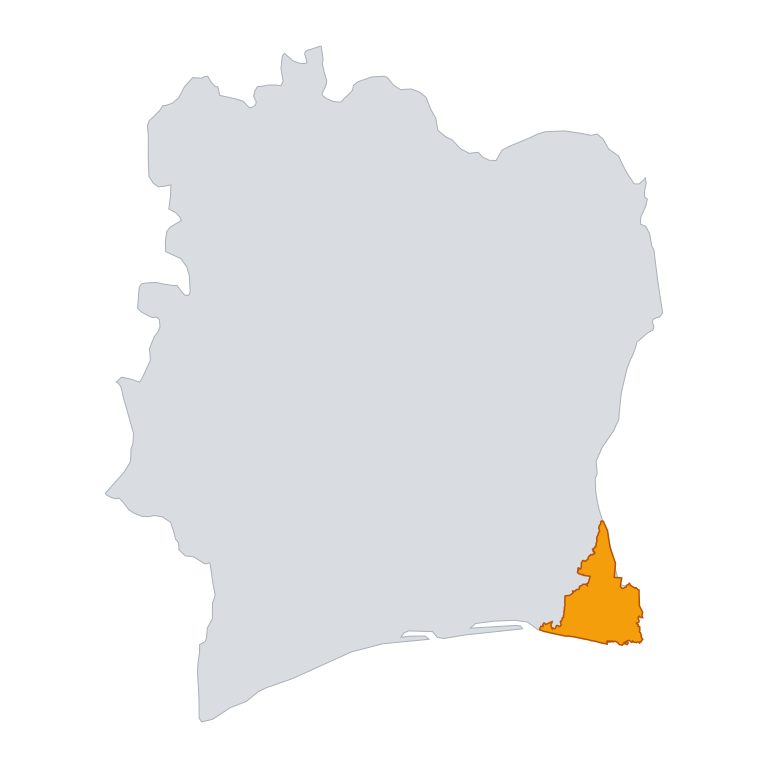 Sud-Comoe, Sud-Comoé, Ivory Coast shown in context
{"feature_id": "98640826B87421109468433", "entity_name": "Sud-Comoe", "entity_type": "district", "adm_level": 2, "iso_a3": "CIV", "parent_name": "Ivory Coast", "parent_adm1": "Sud-Comoé", "projection": "natural_earth1", "projection_center": [-3.37, 5.661], "detail": "fine", "context": "in_parent", "style": "filled", "palette": "amber", "viewbox_px": 768, "rotation_deg": 0, "n_neighbors": 0, "source": "geoboundaries", "source_scale": "gbopen_adm2", "svg_char_len": 9452}
<svg xmlns="http://www.w3.org/2000/svg" viewBox="0 0 768 768"><path d="M162.5,105.7L165.3,105.6L172.3,103.2L178.7,97.8L184.6,86.6L192.7,77.6L201.7,78.2L204.4,76.6L207.6,76.2L211.3,82.2L215.1,86.7L217.8,86.8L219.8,95.4L236.3,99.0L243.3,101.3L249.2,107.6L251.3,107.7L253.8,106.4L255.8,104.2L256.2,101.8L253.6,96.2L254.8,91.1L257.4,86.6L261.7,86.3L268.1,85.0L275.4,85.0L280.9,85.8L283.1,81.3L281.0,68.6L281.6,61.6L282.5,55.7L284.5,53.3L292.7,60.7L300.1,63.4L305.5,63.6L307.0,62.2L304.7,54.1L305.3,51.6L307.3,50.2L310.8,49.4L320.4,46.1L321.3,46.7L323.1,59.5L322.3,63.7L324.2,72.4L326.7,80.4L326.5,83.7L324.5,88.7L322.0,93.3L322.3,95.2L326.1,98.3L333.3,101.5L340.9,102.2L345.1,97.5L349.5,93.7L352.5,90.3L353.5,85.3L358.3,81.6L371.9,76.9L384.5,76.2L387.5,77.7L393.2,84.8L400.4,89.6L411.3,89.0L419.2,91.9L426.1,97.3L430.7,109.3L435.7,118.0L437.9,130.3L445.8,136.8L452.1,139.8L460.5,148.7L469.2,153.3L478.3,152.3L482.5,157.0L489.3,160.3L496.0,160.5L502.0,150.2L509.8,146.1L529.7,137.8L537.5,134.1L545.4,131.7L564.5,130.9L582.3,133.5L591.1,135.4L597.1,134.0L602.9,138.9L608.8,149.2L613.6,152.5L618.6,156.1L622.3,164.2L626.6,172.3L628.9,175.9L634.2,183.8L638.8,184.0L643.3,180.5L645.3,177.9L646.2,183.2L644.4,191.7L644.7,197.0L647.3,199.0L645.9,205.8L640.7,217.4L640.6,224.2L645.8,226.4L649.6,233.6L651.8,246.0L654.0,250.2L654.2,252.7L658.0,282.8L662.7,312.9L659.7,316.9L655.7,318.0L653.0,319.4L652.3,322.2L654.0,326.4L652.9,330.1L647.8,332.7L636.8,342.3L636.0,346.1L633.1,354.3L630.6,359.3L627.0,368.5L621.3,392.9L619.2,413.2L618.9,419.4L616.7,423.8L614.1,430.0L602.2,447.4L596.0,461.6L596.8,467.7L597.1,473.9L595.3,478.4L595.6,490.4L597.1,500.4L599.3,510.2L608.0,538.1L612.5,555.0L615.3,568.6L617.8,577.8L620.1,581.5L621.1,585.0L634.0,587.5L636.5,589.5L640.0,607.3L639.4,615.3L636.9,618.4L637.0,625.2L636.4,633.6L634.5,636.9L627.3,637.4L622.4,640.6L615.9,639.3L615.3,637.2L611.8,636.4L602.2,631.6L603.8,616.2L599.3,615.6L595.9,617.6L589.1,636.1L585.8,639.3L538.0,629.8L527.6,622.1L515.1,620.3L493.5,621.2L475.6,623.5L470.4,628.2L515.6,625.4L520.5,626.0L522.7,628.8L465.6,634.9L443.8,638.5L437.4,637.5L432.5,631.6L408.8,630.9L404.0,632.8L401.0,637.2L410.3,636.2L425.1,636.0L429.0,639.3L383.0,643.7L351.0,652.0L337.5,658.2L292.9,678.4L265.8,688.0L258.6,691.5L246.3,701.4L230.4,707.6L212.6,719.3L201.7,721.9L199.2,718.2L199.0,698.5L197.5,672.1L198.1,662.0L199.6,652.5L199.6,644.6L205.0,641.7L206.5,638.3L207.3,628.1L212.4,618.8L212.5,602.5L214.0,599.1L215.2,594.8L213.0,584.1L210.2,564.0L208.9,562.7L207.6,563.5L204.8,563.9L193.6,556.9L185.0,555.7L179.0,549.8L178.6,543.0L175.6,539.1L173.6,531.2L170.6,522.3L162.1,516.8L154.1,515.5L148.5,516.7L141.8,516.3L134.2,513.3L128.9,509.9L124.0,503.3L119.3,498.1L115.7,498.8L111.2,497.5L106.7,495.1L105.3,493.3L123.9,472.4L130.2,462.2L130.9,455.9L130.9,449.6L133.0,443.1L133.5,433.3L123.4,397.5L120.8,386.4L118.1,383.1L116.3,381.9L121.5,377.3L128.7,378.5L139.6,382.1L142.0,378.5L150.3,360.5L150.1,353.7L149.3,349.1L154.2,336.7L158.0,331.9L160.0,326.8L159.4,319.7L156.5,317.1L152.7,317.6L148.1,315.8L141.2,311.8L137.6,308.2L138.8,291.8L139.4,286.8L141.9,283.8L145.8,283.0L156.6,282.5L165.4,284.4L173.1,285.5L177.2,285.5L180.5,290.3L184.9,295.3L188.8,295.2L190.2,291.6L189.3,275.4L186.7,266.9L180.9,258.7L165.7,251.6L165.3,241.8L166.9,231.2L170.2,227.2L181.5,220.4L179.6,216.8L176.0,212.9L168.8,209.0L170.5,196.3L170.9,184.9L164.8,186.2L158.6,186.8L153.3,183.3L148.9,176.4L148.2,157.4L148.3,135.5L147.5,125.8L149.2,120.6L154.6,115.8L160.4,109.6L162.5,105.7ZM609.7,639.6L607.2,643.8L595.1,641.1L598.0,637.6L609.7,639.6Z" fill="#d9dde1" stroke="#a8b0b8" stroke-width="1"/><path d="M539.7,629.7L541.4,630.3L543.0,631.1L544.4,631.5L547.5,632.1L547.8,632.1L548.3,632.4L559.7,634.9L562.0,635.3L564.1,635.9L565.8,636.1L568.9,636.1L570.3,636.3L571.4,636.6L573.2,636.6L574.1,636.9L574.9,636.9L576.1,637.3L577.6,637.5L583.2,638.8L583.8,638.7L585.2,639.3L586.0,639.4L587.0,639.4L591.0,640.5L592.1,640.9L592.5,640.8L594.0,641.0L595.4,641.4L596.9,641.6L598.0,642.1L602.7,643.2L607.2,644.1L606.9,642.8L606.9,642.1L606.7,641.6L607.0,641.4L607.4,641.6L607.6,641.4L607.7,641.2L607.4,641.2L607.5,640.9L607.8,641.0L608.4,641.5L608.4,641.1L608.7,641.1L608.5,641.8L609.0,641.8L609.3,641.2L609.4,641.4L609.7,641.3L609.9,641.4L609.8,641.9L610.6,641.9L610.9,641.7L611.0,641.2L611.3,641.0L611.5,641.0L611.9,641.3L612.1,641.6L612.6,641.4L612.9,641.7L613.0,641.3L613.3,641.3L613.7,641.5L613.9,641.3L614.4,641.5L615.4,641.3L615.7,641.6L616.9,641.9L618.0,643.0L618.5,643.6L619.5,644.7L620.7,644.8L622.3,645.2L622.8,644.2L624.1,643.9L624.2,643.5L623.9,642.7L624.1,642.3L624.5,642.2L624.9,642.3L625.3,643.4L625.4,643.7L625.7,644.1L626.0,644.2L626.2,644.4L626.8,644.6L627.0,644.6L627.3,644.4L627.6,644.1L628.0,643.1L628.0,642.2L627.6,641.6L627.1,641.6L626.1,642.1L626.1,641.6L626.4,641.2L626.7,641.2L627.2,641.0L627.5,640.7L628.5,640.4L629.3,640.5L629.9,640.9L630.4,641.1L630.9,641.9L631.4,642.3L631.7,642.4L631.9,642.4L632.2,642.2L632.4,641.8L632.5,641.1L632.8,641.0L633.4,641.5L633.6,641.9L634.0,642.2L634.3,642.3L634.8,642.4L635.3,642.2L636.6,642.6L637.0,642.2L637.6,642.0L638.1,641.9L638.5,642.2L638.9,642.4L639.2,642.9L639.7,643.2L640.0,642.1L640.3,641.6L641.1,641.8L641.5,640.8L642.0,640.0L642.5,639.9L642.8,639.3L642.4,638.5L641.9,638.1L641.4,637.4L641.2,636.6L641.3,635.4L640.4,632.5L639.7,632.3L639.3,631.6L639.8,630.4L639.9,629.5L639.5,628.7L639.8,628.0L639.9,627.1L639.4,626.7L638.1,626.3L638.6,625.7L638.6,625.2L637.4,624.3L636.9,623.7L636.6,623.6L636.4,623.2L637.1,622.9L638.1,622.8L638.5,622.5L638.9,622.0L639.1,621.3L639.0,620.5L638.3,618.8L638.1,617.8L638.2,617.5L638.5,616.9L639.2,616.2L640.1,617.4L642.7,617.6L642.0,615.9L642.6,612.1L639.4,605.9L639.0,591.5L639.1,590.1L638.0,589.8L636.4,587.9L636.2,588.1L635.1,588.2L635.1,587.7L633.9,587.5L630.2,585.1L630.1,584.4L629.5,583.3L629.2,583.3L628.9,583.9L628.3,584.5L626.7,585.3L626.2,587.0L625.2,587.1L623.2,588.5L621.8,588.3L620.3,586.3L621.7,577.9L614.3,577.4L615.5,563.3L610.0,547.3L607.5,530.6L603.3,521.3L601.5,521.0L600.7,521.9L600.7,523.2L600.8,523.6L600.7,524.0L600.1,524.8L599.8,525.0L599.5,525.2L599.1,526.3L598.7,528.1L598.9,528.8L599.2,529.4L599.3,530.0L599.6,530.7L599.6,530.9L599.4,531.6L599.2,531.8L598.7,532.2L598.7,532.8L598.4,533.3L598.3,533.9L598.1,534.2L598.0,535.1L597.6,535.7L597.4,536.2L597.1,536.5L596.8,537.3L596.8,537.9L596.7,538.1L596.8,538.4L596.8,539.1L596.9,539.3L596.7,540.0L596.9,540.4L596.9,540.5L596.8,540.8L597.0,541.4L596.7,542.0L596.6,542.5L596.2,542.9L596.1,543.0L596.1,543.6L596.1,544.2L596.2,544.7L596.4,545.0L596.0,545.4L595.8,546.0L595.8,546.5L595.6,546.4L595.2,546.4L594.7,547.7L594.7,548.3L594.6,548.1L594.2,547.9L594.1,548.0L594.0,548.5L593.4,548.7L592.9,549.0L592.6,549.1L592.5,549.3L592.7,549.5L592.8,550.0L593.1,550.2L593.1,550.6L593.3,550.6L593.7,550.7L593.8,550.9L593.6,550.9L593.2,551.2L593.3,551.5L593.5,551.4L593.5,551.8L593.8,551.9L594.0,551.6L594.1,551.9L594.4,552.0L594.4,552.5L594.9,552.9L594.4,553.3L594.3,553.9L594.0,554.1L593.4,553.9L593.3,554.3L592.9,554.5L592.2,555.0L591.7,555.0L591.5,554.9L591.2,554.5L590.9,554.5L590.6,554.7L590.3,555.0L590.2,555.4L589.9,555.6L589.2,555.8L589.0,556.3L588.3,557.3L588.0,558.1L588.2,558.6L588.1,559.0L587.5,559.5L586.9,559.9L586.7,560.2L586.2,560.5L585.8,561.1L585.2,561.3L584.4,560.8L583.8,560.9L583.3,560.5L582.4,560.9L582.1,561.7L581.6,562.3L581.6,562.6L581.6,562.8L581.4,563.2L581.4,565.1L581.2,566.2L581.4,566.9L581.1,567.9L580.9,568.3L580.9,568.8L580.3,568.9L579.9,568.7L579.6,568.3L579.1,568.5L578.9,568.4L578.7,568.1L578.3,567.9L578.1,568.0L578.0,568.3L577.8,568.7L578.0,569.4L578.5,569.6L578.6,570.3L578.0,571.0L577.7,570.9L577.6,571.1L577.7,571.5L577.7,572.0L577.5,572.6L577.7,572.8L578.1,573.0L578.6,573.7L578.9,573.8L579.3,573.7L580.5,574.3L581.5,574.7L582.5,574.7L583.1,574.9L583.5,574.6L583.7,574.8L583.8,575.1L583.7,575.4L590.2,576.3L588.1,583.3L587.9,583.3L587.8,583.0L587.5,583.1L586.7,583.9L587.2,584.9L587.3,585.7L586.9,585.4L586.6,585.0L585.2,584.1L584.2,584.4L583.5,584.4L583.0,584.2L581.3,585.7L580.9,585.8L580.6,586.0L580.2,586.0L579.6,586.3L579.4,586.9L579.6,587.3L579.3,587.8L579.2,588.4L578.9,588.9L578.8,589.5L577.4,589.4L577.1,589.4L576.8,589.6L576.4,589.7L575.7,590.3L575.1,591.2L573.3,591.0L572.6,591.0L572.7,591.7L573.1,592.2L573.3,592.7L569.7,595.4L569.2,595.5L567.8,595.5L567.3,595.6L566.3,595.8L565.2,595.8L565.1,596.1L565.0,597.0L564.8,600.6L564.8,601.5L564.8,602.9L564.9,604.0L565.0,605.2L564.9,605.8L564.7,606.3L564.5,606.9L564.5,607.8L564.3,608.2L564.5,608.6L564.4,609.1L564.4,609.5L564.4,610.2L564.3,610.6L564.0,610.8L564.1,611.5L564.1,611.8L563.8,612.2L564.0,612.8L564.0,613.3L564.1,613.8L564.0,614.3L563.7,614.8L563.6,615.4L563.4,616.0L563.4,616.4L563.7,616.8L563.7,617.1L563.5,617.4L563.0,617.5L562.7,617.8L562.2,618.2L562.0,618.6L562.1,619.2L561.9,619.9L561.5,620.9L561.0,620.9L560.7,621.6L560.4,621.6L560.4,621.9L560.7,622.8L560.6,623.3L560.7,623.8L561.1,624.4L561.3,624.9L561.2,625.1L560.9,625.4L560.1,626.3L559.7,626.6L559.1,626.4L558.6,625.9L558.1,625.6L557.5,625.5L556.8,625.5L556.6,625.6L556.2,626.1L555.9,626.9L555.7,627.8L555.4,628.3L555.1,628.6L554.5,628.7L553.3,628.1L552.9,628.1L552.7,628.1L552.3,628.4L552.2,628.7L552.0,628.1L551.5,627.0L551.1,626.6L551.0,626.1L551.1,625.4L551.1,624.4L551.2,624.1L551.8,623.2L552.0,622.6L552.1,621.6L545.8,624.4L544.0,622.9L542.9,624.4L542.8,624.5L542.8,625.0L543.1,625.5L543.1,626.3L543.1,626.6L542.8,626.6L540.8,626.3L539.7,629.0L539.7,629.7Z" fill="#f59e0b" stroke="#b45309" stroke-width="1.5"/></svg>